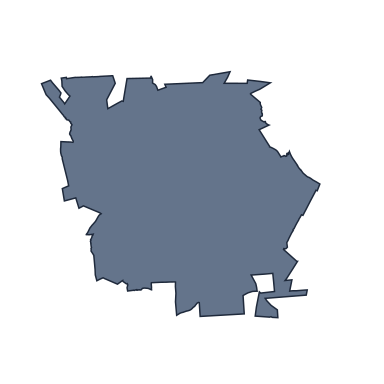 the district of San Felipe del Progreso, México, Mexico, rotated 346°
{"feature_id": "50627088B26208541909776", "entity_name": "San Felipe del Progreso", "entity_type": "district", "adm_level": 2, "iso_a3": "MEX", "parent_name": "Mexico", "parent_adm1": "México", "projection": "mercator", "projection_center": [-99.99, 19.649], "detail": "fine", "context": "isolated", "style": "filled", "palette": "slate", "viewbox_px": 384, "rotation_deg": 346, "n_neighbors": 0, "source": "geoboundaries", "source_scale": "gbopen_adm2", "svg_char_len": 5663}
<svg xmlns="http://www.w3.org/2000/svg" viewBox="0 0 384 384"><g transform="rotate(346 192 192)"><path d="M277.9,319.7L280.1,314.9L277.5,314.4L270.8,313.3L269.5,313.1L265.8,312.2L264.0,311.9L262.8,311.8L267.7,301.4L260.9,300.4L262.9,298.8L268.5,293.5L270.2,291.9L277.6,284.8L276.9,284.6L266.9,269.9L267.4,269.1L268.7,269.7L269.7,269.6L271.2,268.6L271.7,264.1L274.0,261.6L274.4,260.9L278.8,255.8L280.8,253.9L280.7,253.8L280.8,253.3L281.1,252.8L281.4,252.6L281.6,252.4L282.0,252.4L284.7,249.2L286.9,246.8L287.9,245.8L288.6,245.1L289.5,243.9L290.8,242.7L292.7,240.6L294.0,241.5L296.6,238.5L297.9,237.1L300.6,234.0L302.8,231.5L304.9,229.1L309.2,224.3L311.7,221.5L312.7,220.3L313.8,221.1L318.0,215.2L315.0,212.2L312.4,209.8L311.2,208.4L310.3,207.3L309.0,206.1L307.8,205.3L307.2,204.6L304.4,200.6L303.9,199.4L302.9,196.8L302.7,196.9L301.5,194.4L300.6,191.8L300.8,191.7L297.8,183.7L297.2,181.7L296.6,178.9L296.3,176.3L295.6,177.4L295.1,177.2L294.0,177.7L293.4,177.6L293.3,177.8L293.7,178.2L294.5,178.2L294.8,178.3L294.8,178.7L294.4,178.9L294.0,178.9L293.8,178.7L293.3,178.8L292.7,179.0L292.6,179.4L292.7,179.7L292.5,180.0L291.6,180.1L291.1,179.8L290.8,179.3L290.1,178.9L289.4,179.3L289.0,179.2L287.8,179.3L286.7,179.5L286.6,178.9L285.0,174.0L284.6,173.0L283.5,171.4L281.6,169.6L279.6,167.9L278.4,167.1L278.5,167.0L272.2,147.8L282.9,145.7L282.3,145.3L281.4,144.4L280.6,143.5L280.4,143.0L280.2,142.7L280.2,142.2L280.2,141.8L280.2,141.4L280.0,141.2L279.1,141.4L278.7,141.3L277.5,140.2L276.7,139.4L276.5,139.2L276.2,138.8L276.3,138.7L275.9,137.3L276.0,136.5L276.2,136.1L276.3,136.1L276.6,135.8L277.1,135.3L277.6,135.2L278.0,135.2L278.1,135.3L278.3,135.3L278.7,134.8L278.8,134.5L278.9,134.0L279.1,133.4L278.9,133.0L279.0,132.8L278.8,132.7L278.9,131.7L278.8,131.2L279.2,130.3L279.4,130.1L279.5,129.7L279.5,129.4L279.4,129.1L279.1,128.8L279.0,128.6L278.9,128.3L280.0,127.1L280.1,126.7L279.6,124.2L279.5,122.7L279.7,122.4L279.9,121.6L272.5,111.3L272.5,110.8L272.8,110.6L277.8,109.5L282.6,108.7L287.8,107.1L294.4,105.0L284.9,101.2L273.1,96.8L271.8,99.9L249.5,94.3L254.2,89.4L258.0,84.5L237.5,83.0L228.8,88.5L227.6,88.2L191.7,80.9L192.2,84.1L183.5,85.0L183.1,81.0L182.3,78.9L180.1,76.7L181.0,73.5L180.3,69.4L179.6,71.5L156.4,66.2L147.2,87.4L145.9,86.7L141.1,87.9L130.5,90.8L131.5,81.9L143.8,68.0L143.7,66.4L143.2,60.0L142.0,59.7L141.0,59.6L139.5,59.3L130.8,57.6L129.2,57.4L123.8,56.3L123.5,56.0L121.7,55.8L116.4,54.7L116.0,54.7L112.4,53.9L112.3,53.7L111.6,53.7L110.0,53.4L107.4,52.8L107.1,52.7L106.7,52.6L106.2,52.5L97.7,51.7L97.8,50.4L92.7,49.9L92.6,52.7L91.5,58.1L93.4,63.3L95.4,67.3L95.7,67.8L96.8,69.4L89.8,75.7L89.4,74.4L86.3,67.9L88.1,65.5L88.8,64.2L87.4,60.9L82.9,52.0L81.8,49.3L72.2,50.5L73.2,57.2L74.0,62.3L76.3,66.5L83.2,81.1L85.3,85.7L85.6,86.0L85.9,87.1L86.1,87.6L86.4,88.4L86.8,88.5L87.0,88.9L87.1,89.2L87.3,89.5L87.2,89.6L87.0,90.1L87.3,90.2L87.5,90.1L87.6,90.3L87.6,90.5L87.8,91.4L88.1,91.7L88.6,91.9L88.9,92.1L89.8,92.4L90.7,94.5L91.2,94.7L91.0,95.9L91.5,96.5L91.4,97.0L91.8,97.8L91.2,98.4L91.0,98.7L90.8,99.0L90.5,99.2L90.1,100.1L90.0,101.0L89.8,101.8L89.8,102.3L89.6,102.6L89.2,103.0L89.1,103.4L88.5,104.0L88.1,104.4L87.9,104.8L87.8,105.2L87.3,106.0L87.3,106.3L87.6,106.9L87.7,107.7L88.0,108.0L88.1,108.6L88.1,109.1L88.1,109.3L88.3,110.3L88.3,110.9L88.3,111.1L88.5,111.5L88.6,111.9L88.6,112.2L88.7,112.7L89.1,113.6L89.0,114.3L88.9,114.5L88.5,115.0L85.8,114.0L82.9,113.2L77.0,111.4L75.6,116.5L74.9,118.4L74.6,119.7L74.3,121.0L74.1,122.5L74.1,125.1L74.5,126.8L74.1,128.6L74.1,151.0L73.8,156.2L67.0,157.3L66.0,169.8L77.8,169.6L78.4,180.4L83.3,179.2L97.3,189.7L98.6,191.1L98.0,191.4L97.7,191.4L97.2,191.6L96.2,192.1L95.0,193.2L92.2,196.2L91.2,197.2L88.2,199.3L86.8,200.2L85.6,201.2L84.5,202.0L84.2,202.3L81.0,206.1L80.1,206.9L79.6,207.2L79.1,207.7L79.1,207.8L82.4,208.7L83.0,208.7L83.6,208.8L84.0,208.8L84.9,209.0L85.9,209.0L85.2,210.0L84.6,210.3L83.8,211.8L82.8,213.1L82.1,213.7L82.2,214.5L81.8,214.8L81.5,215.3L81.6,216.1L81.5,216.9L81.5,217.3L81.4,217.3L81.2,218.8L81.0,220.5L81.1,221.4L80.4,222.3L80.3,222.6L80.4,223.0L80.0,224.1L79.8,225.0L80.3,226.3L80.9,228.1L81.2,229.2L81.4,229.5L81.4,230.1L81.2,230.8L81.1,231.6L79.2,243.8L78.1,249.1L78.2,255.1L81.2,254.4L85.0,253.7L86.4,255.0L87.5,255.8L97.4,263.4L102.2,261.5L103.4,261.1L103.3,261.6L103.5,262.2L105.9,265.0L106.6,265.5L107.0,265.3L107.1,265.7L107.2,265.8L107.2,266.4L106.9,267.3L106.7,267.4L106.4,268.2L105.9,269.0L105.8,269.4L105.6,272.5L109.7,273.0L110.7,273.1L111.8,273.2L112.0,273.5L112.7,273.6L113.0,273.4L113.5,273.4L114.2,273.3L114.4,273.4L114.5,273.5L114.8,273.8L115.1,273.5L115.3,273.7L115.1,274.0L115.8,274.1L116.2,274.1L116.7,274.0L117.0,274.1L117.2,274.3L117.6,274.2L117.9,274.3L118.0,274.5L118.7,274.7L119.1,274.6L119.4,274.4L120.4,273.6L120.8,273.5L121.5,273.6L122.0,273.6L123.0,273.8L123.8,274.1L126.1,274.9L127.5,275.9L128.0,276.4L129.1,277.1L129.2,276.8L129.3,275.8L129.7,274.6L129.8,273.8L130.3,271.0L130.7,270.2L140.7,272.2L144.4,273.1L148.9,274.0L153.6,275.1L154.2,275.4L153.0,279.8L151.9,286.4L149.4,294.6L147.3,307.9L151.1,306.7L153.1,306.5L153.8,306.6L158.1,306.2L158.9,306.3L161.1,306.2L162.2,305.9L163.4,305.4L163.9,305.1L165.3,304.2L165.9,304.0L166.9,303.6L168.3,302.4L169.3,301.7L169.8,301.2L171.0,300.8L171.5,300.7L172.3,301.1L169.8,314.7L213.2,322.9L216.5,304.8L219.0,304.1L221.8,303.4L225.0,303.2L226.3,303.1L227.3,303.2L229.3,303.6L231.2,304.0L231.6,300.3L231.7,297.6L231.7,296.3L229.3,286.9L239.0,288.6L243.0,289.3L250.7,290.5L249.5,298.8L248.0,308.5L234.2,306.7L233.2,305.2L226.7,319.1L223.3,327.7L237.1,332.2L238.6,332.1L239.4,333.0L244.9,334.7L246.3,327.0L241.3,321.1L238.3,315.7L237.3,312.9L277.9,319.7Z" fill="#64748b" stroke="#1e293b" stroke-width="1.5"/></g></svg>